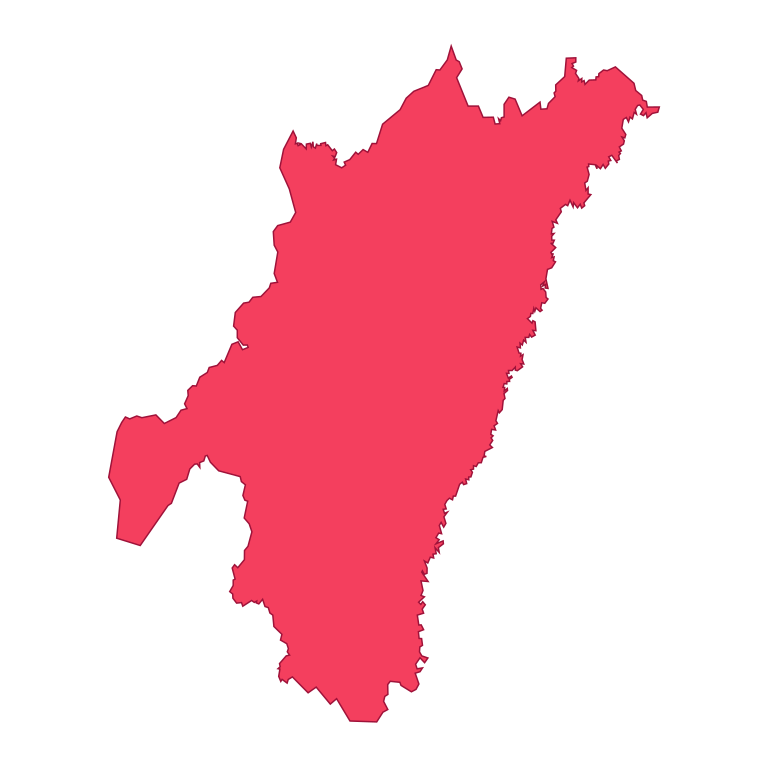 Balzar, Guayas, Ecuador
{"feature_id": "8360857B55301947791088", "entity_name": "Balzar", "entity_type": "district", "adm_level": 2, "iso_a3": "ECU", "parent_name": "Ecuador", "parent_adm1": "Guayas", "projection": "equal_earth", "projection_center": [-79.85, -1.302], "detail": "fine", "context": "isolated", "style": "filled", "palette": "rose", "viewbox_px": 768, "rotation_deg": 0, "n_neighbors": 0, "source": "geoboundaries", "source_scale": "gbopen_adm2", "svg_char_len": 6089}
<svg xmlns="http://www.w3.org/2000/svg" viewBox="0 0 768 768"><path d="M659.3,107.0L647.3,107.1L646.3,101.4L642.7,100.1L641.7,95.5L635.7,90.5L634.0,83.3L615.4,66.9L607.2,70.7L603.6,70.0L598.9,73.6L598.6,76.7L596.1,76.9L595.8,79.9L589.2,80.1L585.0,84.4L584.1,80.6L581.7,81.9L581.8,78.5L578.3,80.9L578.9,78.5L575.5,73.4L576.6,70.4L571.8,67.6L573.5,66.1L572.0,63.6L575.8,62.0L575.8,57.8L566.3,58.2L564.7,76.6L555.7,84.9L555.8,91.2L554.1,92.9L555.1,96.7L548.5,103.4L547.0,108.8L540.9,109.2L540.0,102.1L522.1,115.8L515.1,99.1L508.9,97.2L504.1,104.3L504.1,117.0L501.4,117.7L500.6,120.7L498.6,118.7L499.8,123.7L495.1,124.0L493.3,117.2L483.1,117.4L478.4,106.1L468.1,106.1L456.6,77.7L462.1,68.9L459.2,61.7L456.2,60.0L451.2,46.1L447.3,59.9L439.9,70.0L436.2,69.7L428.3,85.4L413.8,91.3L406.2,98.2L400.1,109.7L382.6,124.2L376.5,143.6L372.1,143.5L367.8,152.3L363.1,149.6L358.2,154.3L355.7,152.2L349.8,159.6L344.2,162.1L345.6,165.2L341.7,167.8L335.6,164.7L336.5,159.2L333.6,160.0L334.6,158.2L332.8,156.1L335.1,156.7L336.7,152.6L334.4,149.0L332.3,150.7L327.7,144.8L325.9,145.7L325.5,142.5L320.7,143.7L320.9,145.4L316.9,145.4L316.7,143.6L315.4,148.1L313.3,146.8L312.9,141.8L311.3,147.0L310.3,143.3L306.4,144.1L306.2,148.9L301.2,143.7L299.0,143.2L300.1,144.7L298.1,145.7L297.3,143.3L295.4,143.8L296.3,137.8L293.1,131.0L283.6,149.3L279.8,167.8L289.3,188.9L295.7,212.5L290.3,222.1L277.7,225.6L273.3,231.6L274.2,245.2L277.8,252.0L274.2,273.5L277.5,282.3L270.8,283.3L269.3,287.9L261.0,296.5L252.8,297.3L249.0,302.2L243.6,303.1L235.3,312.5L233.6,326.1L237.3,330.2L237.3,337.7L243.3,345.1L247.3,345.0L248.2,347.4L242.5,349.7L238.1,341.8L231.9,344.3L224.2,362.6L221.6,360.4L217.3,365.4L209.2,367.5L207.3,372.5L199.8,377.2L196.3,386.0L192.6,385.7L187.8,390.4L188.2,395.7L184.6,403.8L187.0,408.6L181.0,410.2L176.1,417.6L164.3,423.5L155.9,414.9L141.9,417.7L136.8,416.0L129.7,418.9L125.4,417.0L121.7,422.5L117.1,431.7L108.7,477.3L120.3,500.0L116.7,538.2L140.2,545.5L168.0,505.5L171.4,503.3L179.1,483.1L186.7,479.3L189.8,469.0L194.6,464.2L197.2,463.9L199.8,467.4L199.6,462.6L203.8,460.9L205.3,456.0L207.2,455.4L210.4,462.2L218.7,470.8L240.2,476.6L241.4,481.6L245.4,484.8L242.9,495.5L244.9,500.2L247.7,501.2L244.2,518.0L249.2,523.8L251.9,531.8L248.0,546.3L244.5,550.5L244.4,559.7L237.8,567.7L234.6,564.7L232.2,568.0L235.1,579.1L233.2,580.1L233.2,585.5L229.7,591.6L232.7,594.0L232.9,598.2L236.6,603.1L241.5,602.6L242.8,606.2L251.6,600.5L254.3,602.4L256.7,601.1L256.3,602.9L258.8,603.9L262.6,599.3L265.0,606.5L268.3,607.6L269.9,613.0L272.8,615.1L273.9,626.5L281.9,634.3L280.5,640.1L286.8,643.7L288.4,648.6L287.3,651.8L289.6,655.1L286.2,655.9L279.5,663.6L280.2,666.7L278.0,668.7L279.9,669.1L278.7,676.4L280.8,681.4L282.1,679.4L287.1,683.1L288.2,679.5L292.4,676.9L308.1,692.8L316.2,687.1L330.3,704.1L336.6,698.7L350.0,721.0L376.7,721.9L382.9,712.2L387.8,709.5L383.6,701.4L384.8,696.4L387.9,694.4L387.7,684.6L390.2,681.3L399.9,682.3L401.0,685.4L411.4,691.8L416.0,689.4L418.9,684.0L415.2,673.2L420.0,671.7L422.5,667.9L417.1,668.8L415.6,664.2L420.0,657.8L424.6,662.7L427.9,658.0L421.8,655.9L419.5,651.9L419.8,647.0L422.5,645.3L421.6,638.6L419.1,638.4L418.4,631.7L423.6,629.7L421.2,624.9L418.8,625.0L417.3,615.1L423.6,613.2L422.2,609.1L425.3,604.8L422.7,601.7L420.8,604.4L418.6,602.2L424.4,596.8L421.0,595.5L423.0,590.5L421.0,580.9L428.1,581.5L421.7,572.1L422.4,570.8L424.3,574.3L427.0,573.3L427.1,568.0L424.4,561.0L427.8,563.0L430.3,557.2L433.7,558.0L433.0,554.2L436.2,553.7L435.1,547.8L439.2,552.4L438.4,547.6L443.4,543.8L443.1,540.9L436.0,543.8L439.2,539.7L435.9,537.7L438.7,533.1L441.6,533.7L439.3,525.4L441.1,522.4L443.7,527.1L445.9,523.4L443.9,516.8L447.4,512.1L444.5,513.3L443.2,509.3L446.2,508.9L444.8,504.4L447.0,500.5L449.4,498.2L452.5,499.8L453.3,496.1L455.6,496.1L459.6,484.3L462.3,482.2L463.6,484.6L466.7,483.6L465.6,479.0L468.8,479.8L468.7,477.0L470.9,476.9L472.4,472.3L470.7,469.7L473.5,469.1L473.5,465.7L476.2,466.5L478.3,462.8L481.3,462.7L483.0,457.3L486.3,456.5L484.1,455.9L484.8,451.4L492.4,447.5L489.7,444.9L492.7,440.4L491.1,437.9L493.1,435.8L490.8,434.3L491.6,429.4L495.6,430.0L494.1,425.8L497.5,423.4L495.9,420.7L498.2,410.6L499.4,412.8L502.2,409.6L503.2,400.3L505.0,398.5L504.0,393.6L507.5,390.5L507.3,388.5L504.2,391.0L504.7,387.5L503.0,387.3L504.2,383.6L506.8,383.9L506.9,381.5L509.6,381.4L509.3,379.3L512.1,377.4L511.4,376.0L508.3,378.1L506.5,373.3L509.0,373.4L508.5,370.5L512.1,370.5L515.3,367.1L515.3,370.1L517.3,370.7L522.6,366.8L520.6,363.7L523.8,364.0L522.1,359.6L523.0,354.7L520.5,356.2L520.9,353.3L519.0,353.0L517.1,347.0L520.4,347.9L520.0,343.1L522.3,345.0L523.6,340.1L526.0,342.3L525.2,337.4L528.8,337.4L529.6,334.5L531.6,337.1L535.2,335.1L532.8,330.3L535.9,330.7L535.1,321.9L532.9,320.7L532.0,323.1L527.4,318.6L530.4,316.4L530.8,313.4L532.8,313.5L533.8,308.4L534.8,311.3L536.0,307.9L540.1,311.6L542.1,310.2L540.6,308.4L541.8,302.7L544.8,303.3L548.0,299.0L546.1,297.5L545.7,292.0L543.0,288.5L541.1,289.3L540.7,284.8L544.2,281.9L542.7,286.0L545.5,284.5L545.2,288.0L548.0,288.4L545.9,278.8L547.5,269.4L551.7,267.8L555.5,261.8L553.3,260.7L554.1,256.9L551.7,257.6L553.3,253.4L552.0,254.6L550.9,252.4L555.7,247.6L550.6,243.0L552.7,243.8L554.3,240.2L551.8,240.1L551.7,236.3L554.0,233.5L551.4,233.9L552.0,228.4L553.9,227.2L552.2,221.4L557.4,223.3L555.8,219.8L561.3,211.8L560.3,208.4L565.5,204.4L567.7,205.7L570.0,200.2L573.1,206.9L573.7,202.7L577.5,207.8L580.2,204.2L581.7,208.1L584.7,205.7L583.9,202.9L590.8,194.6L588.1,194.0L588.1,187.7L586.0,190.4L584.7,183.0L587.3,181.2L589.1,174.5L587.1,167.1L588.8,166.6L588.6,164.0L595.2,164.7L597.0,168.8L596.9,165.7L600.4,168.7L603.1,164.5L605.3,168.3L608.8,164.0L608.3,161.1L610.8,160.5L608.7,156.8L611.8,155.3L617.4,163.1L616.3,160.9L619.4,159.4L618.7,155.5L620.4,153.5L619.0,152.1L621.3,150.9L619.3,146.9L623.5,144.1L624.3,140.8L621.9,137.0L624.8,137.9L625.8,134.5L621.8,128.2L623.3,119.4L626.3,117.5L628.5,121.9L630.0,117.1L632.4,118.9L634.2,112.4L636.5,114.2L635.2,109.3L637.6,105.5L639.8,105.0L643.3,109.4L640.5,114.1L643.5,115.6L646.0,112.7L647.2,117.8L652.3,113.4L657.8,112.2L659.3,107.0Z" fill="#f43f5e" stroke="#9f1239" stroke-width="1.5"/></svg>